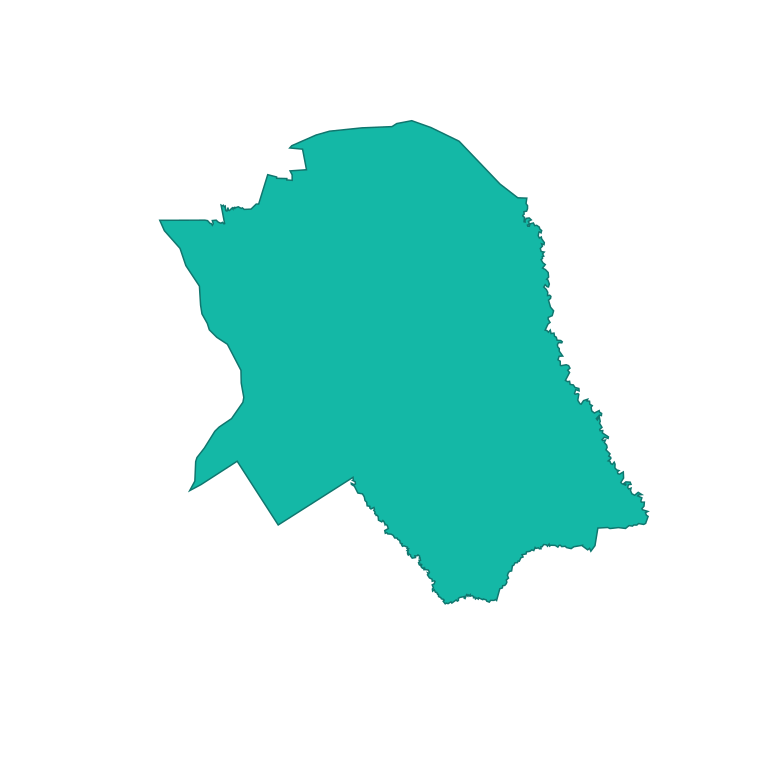 Gualeguaychú, Entre Ríos, Argentina (Equal Earth projection), rotated 147°
{"feature_id": "61730980B45570002459681", "entity_name": "Gualeguaychú", "entity_type": "district", "adm_level": 2, "iso_a3": "ARG", "parent_name": "Argentina", "parent_adm1": "Entre Ríos", "projection": "equal_earth", "projection_center": [-58.719, -32.998], "detail": "fine", "context": "isolated", "style": "filled", "palette": "teal", "viewbox_px": 768, "rotation_deg": 147, "n_neighbors": 0, "source": "geoboundaries", "source_scale": "gbopen_adm2", "svg_char_len": 6171}
<svg xmlns="http://www.w3.org/2000/svg" viewBox="0 0 768 768"><g transform="rotate(147 384 384)"><path d="M482.9,643.4L484.7,632.2L481.2,608.8L485.7,591.2L485.5,566.6L494.9,550.0L498.5,541.9L499.2,531.0L501.0,524.6L498.8,514.2L493.7,502.6L496.5,473.4L503.2,462.6L508.9,449.1L512.3,445.5L530.7,438.0L545.6,437.7L551.6,436.5L569.6,428.1L580.9,424.2L584.2,421.5L595.5,405.6L605.0,400.4L592.2,399.3L549.2,399.2L549.5,323.4L460.8,322.6L461.9,320.3L462.9,320.3L461.4,317.8L462.4,315.7L463.9,316.0L465.5,318.6L466.0,317.6L464.5,314.4L465.3,306.8L461.9,303.6L462.0,300.1L463.4,296.6L462.9,294.3L464.5,291.0L462.5,289.1L463.4,287.7L463.0,286.3L459.7,285.9L460.2,284.1L461.4,283.7L461.2,281.6L462.4,280.3L461.8,279.1L462.2,278.1L461.3,277.6L461.1,276.0L462.8,272.8L461.0,269.6L459.3,270.1L459.0,268.0L459.8,265.3L459.1,265.5L458.3,263.7L459.1,260.4L463.2,260.7L464.2,258.1L462.7,257.9L462.5,256.2L459.8,254.2L458.7,252.0L458.9,249.1L456.9,247.6L457.1,246.2L456.0,244.2L457.0,241.8L455.9,240.1L456.8,239.8L456.9,237.8L455.3,237.3L453.2,234.3L454.2,233.6L453.2,232.4L455.4,231.8L454.5,231.0L455.9,230.0L455.5,228.2L456.2,229.3L456.7,228.8L456.8,227.3L455.5,227.4L454.8,226.3L455.4,225.3L455.2,222.6L452.1,221.3L451.7,223.0L449.9,221.9L448.6,222.2L447.9,220.3L449.1,218.8L448.5,218.6L449.4,216.3L450.6,217.0L451.1,215.3L452.3,215.4L452.9,213.3L452.3,212.0L451.4,212.9L450.7,212.1L452.4,210.5L452.1,208.6L451.3,208.5L451.5,206.7L450.3,207.3L450.8,206.1L448.3,204.1L448.3,201.5L449.4,200.8L450.2,201.9L450.3,200.6L451.5,200.3L451.5,196.6L450.0,194.1L451.0,192.3L449.0,191.6L448.7,190.7L450.7,189.1L453.0,189.3L453.6,186.1L455.1,185.7L456.0,183.8L453.9,184.0L454.3,181.4L453.3,180.4L453.6,178.4L453.0,177.9L454.0,176.0L452.7,174.0L452.9,172.6L451.3,170.9L451.3,169.9L452.7,169.6L452.4,166.3L451.1,166.3L449.9,164.9L446.5,164.8L446.4,163.3L441.1,163.6L440.8,162.0L439.5,161.9L438.4,163.7L436.7,163.7L432.4,162.0L433.4,160.9L432.9,159.9L429.5,162.3L429.2,160.5L428.3,161.3L428.0,160.1L426.4,160.3L427.2,159.1L425.3,158.5L424.7,157.0L425.3,156.0L424.0,155.6L424.4,153.9L422.7,154.0L422.1,152.3L421.1,153.1L418.6,149.3L417.8,149.6L415.9,147.3L416.1,145.9L414.5,143.7L412.4,144.5L409.6,142.6L408.0,142.6L407.5,141.1L398.4,149.2L395.8,148.5L394.3,150.2L392.4,149.3L390.3,149.9L388.9,150.9L388.2,153.0L385.3,153.4L384.7,156.3L382.8,157.8L380.8,158.5L378.8,157.7L375.3,161.6L374.0,161.3L371.5,162.7L369.4,161.5L367.9,162.5L367.0,161.7L363.9,163.7L361.6,163.2L361.2,165.7L357.4,164.1L356.0,165.6L352.8,164.2L350.4,164.4L349.1,162.7L346.3,164.6L346.1,163.4L343.6,162.4L343.5,161.2L342.0,160.3L341.2,162.0L340.0,161.4L337.5,162.4L335.3,160.6L335.2,158.9L332.8,159.8L333.3,157.8L332.0,158.0L328.3,155.4L327.0,152.5L324.9,153.3L323.9,152.7L323.5,150.8L320.4,149.2L320.0,147.4L316.7,144.0L313.4,144.1L305.3,140.6L305.8,140.1L303.5,134.0L301.1,134.2L301.6,131.1L295.1,133.5L283.1,146.7L274.5,141.8L273.2,139.7L265.6,135.9L260.1,131.3L255.6,131.8L253.0,129.5L251.3,129.7L248.8,128.0L246.5,128.3L242.7,124.8L240.5,124.6L234.6,129.1L235.4,131.0L234.8,133.7L232.1,133.4L235.7,137.8L235.6,139.0L232.5,139.9L230.0,143.1L232.5,144.8L232.3,146.0L229.7,148.1L232.2,152.0L231.1,152.4L228.0,150.8L229.8,154.7L234.4,154.2L235.9,157.0L235.3,160.4L233.5,162.1L235.9,162.7L236.0,164.5L233.9,166.4L231.5,165.3L231.0,167.6L234.5,170.2L236.8,170.0L235.7,168.2L236.5,167.6L238.6,170.6L239.0,172.5L234.3,174.6L231.2,179.9L235.7,180.1L236.7,181.5L236.0,183.3L234.1,183.4L235.7,185.3L236.0,188.0L233.9,190.9L233.5,193.1L236.2,192.2L237.1,193.7L236.6,196.1L237.8,197.4L234.4,197.9L233.8,199.0L234.8,201.1L232.5,202.3L233.7,207.9L231.4,209.3L230.6,211.4L231.1,214.9L228.8,216.4L231.4,217.4L231.5,218.6L228.2,219.4L225.7,216.3L224.6,217.4L227.5,224.1L225.9,225.8L228.2,227.1L227.8,228.5L224.8,228.9L224.6,233.8L223.0,234.9L221.4,239.1L224.7,237.6L224.8,239.3L220.3,240.5L218.9,239.1L217.5,240.8L218.6,243.1L218.0,244.5L223.4,245.1L224.4,248.3L223.0,251.7L221.1,252.4L222.4,254.9L221.0,257.6L223.0,259.3L221.5,260.3L225.7,261.4L229.7,259.7L230.4,260.7L230.4,264.8L226.2,269.3L226.6,270.3L229.2,271.3L229.4,272.3L226.3,274.8L224.1,272.0L223.0,274.1L225.7,277.1L225.7,280.1L228.1,282.3L226.9,285.2L228.8,286.0L229.9,288.2L222.1,292.6L222.5,295.5L219.4,296.0L219.2,298.9L220.7,300.9L225.7,303.0L225.9,303.7L223.8,307.1L224.9,309.6L222.0,311.9L218.9,310.1L219.1,316.1L217.7,318.3L218.1,320.3L217.3,322.4L215.1,323.7L212.5,321.7L211.5,322.3L212.1,324.2L215.0,326.5L214.0,329.4L215.0,331.1L213.7,334.1L216.4,335.3L215.2,338.7L217.9,337.9L218.3,340.1L219.5,341.4L213.9,344.9L211.2,345.2L211.1,348.9L210.0,350.4L205.7,349.7L201.9,353.0L202.5,357.7L200.4,364.7L197.7,365.1L196.3,366.6L196.7,368.2L198.7,369.1L196.7,371.7L196.4,374.9L197.2,378.3L194.7,379.5L194.2,376.7L193.2,375.8L190.9,377.8L189.9,382.0L190.6,383.2L187.7,384.0L185.6,388.1L186.3,392.0L187.9,394.9L183.7,396.3L184.7,399.2L184.5,402.8L182.7,402.9L181.9,404.7L180.4,404.2L180.1,406.8L177.8,407.4L180.0,409.5L179.1,412.6L176.1,413.3L175.5,415.8L173.9,413.7L172.5,415.3L172.7,419.9L172.0,421.6L174.2,421.8L173.9,424.4L171.5,426.9L170.9,427.2L170.0,425.2L168.2,426.8L168.9,429.3L168.3,431.0L169.5,433.9L171.4,434.8L171.0,437.7L174.2,438.8L176.2,437.1L177.5,438.0L177.2,439.2L175.6,438.9L174.7,439.8L174.3,441.7L171.1,441.4L171.8,444.2L174.4,445.4L176.4,444.7L177.4,443.0L178.2,443.8L175.4,447.2L176.1,448.9L175.8,449.8L174.0,450.1L172.8,452.3L170.3,451.3L168.2,452.8L166.5,455.3L166.6,458.0L163.0,462.1L170.4,467.3L177.8,488.5L188.8,546.7L205.0,573.6L217.3,589.7L231.5,595.5L237.1,595.5L263.1,610.9L292.0,625.7L305.3,629.8L331.5,634.1L334.5,633.3L324.4,625.3L332.3,605.9L346.7,613.9L347.1,609.5L350.1,604.8L354.4,608.1L353.6,609.2L362.0,615.0L361.3,616.1L367.5,622.9L391.1,603.2L393.2,604.5L400.3,603.1L406.2,606.6L406.9,608.9L408.1,609.0L409.7,612.0L413.0,612.8L412.8,614.0L413.7,612.7L414.6,614.0L415.4,613.0L415.6,614.3L419.2,613.7L419.9,614.4L418.8,616.9L421.6,614.6L422.3,615.7L420.3,619.6L421.3,619.5L421.3,621.4L422.5,621.4L423.2,622.7L430.3,605.3L431.0,605.5L431.5,607.6L433.2,607.6L434.8,609.9L435.5,612.8L439.0,614.6L439.8,611.5L441.5,610.6L441.5,612.7L442.4,613.4L443.0,617.1L444.9,618.9L482.9,643.4Z" fill="#14b8a6" stroke="#0f766e" stroke-width="1.5"/></g></svg>